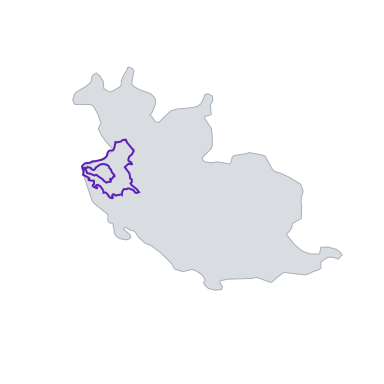 where Sankt Gallen sits in Switzerland, rotated 223°
{"feature_id": "CHE-167", "entity_name": "Sankt Gallen", "entity_type": "Canton", "adm_level": 1, "iso_a3": "CHE", "parent_name": "Switzerland", "parent_adm1": "", "projection": "natural_earth1", "projection_center": [9.275, 47.209], "detail": "fine", "context": "in_parent", "style": "outline", "palette": "violet", "viewbox_px": 384, "rotation_deg": 223, "n_neighbors": 0, "source": "natural_earth", "source_scale": "10m", "svg_char_len": 5795}
<svg xmlns="http://www.w3.org/2000/svg" viewBox="0 0 384 384"><g transform="rotate(223 192 192)"><path d="M281.4,129.6L283.5,130.7L288.3,134.5L287.2,141.0L281.7,151.5L278.8,159.9L278.4,166.4L279.0,169.5L280.0,169.4L285.3,169.9L288.0,169.9L296.5,171.6L303.3,174.2L304.6,176.9L305.5,180.2L313.6,184.7L322.9,187.6L326.0,186.7L337.5,176.1L341.9,177.9L344.7,183.5L344.6,186.5L341.4,197.7L340.9,203.8L343.7,207.7L344.0,210.9L343.2,213.7L338.6,214.0L332.4,212.4L327.2,207.6L323.2,208.1L319.8,209.4L318.1,214.0L316.5,219.5L317.0,222.5L319.5,224.9L321.4,229.9L322.8,236.4L323.9,239.3L322.7,240.7L319.5,241.6L316.8,240.7L312.0,232.9L309.8,230.0L306.1,229.5L299.5,231.3L289.4,235.7L285.3,235.7L281.9,234.8L278.6,231.1L275.8,224.0L275.0,219.6L273.0,219.7L266.6,218.4L263.6,220.2L263.5,227.4L262.9,236.5L259.7,242.3L250.7,252.4L247.3,256.8L246.0,260.0L245.7,262.8L247.1,267.5L249.0,272.1L247.4,274.7L242.6,276.0L239.3,273.3L238.0,268.3L230.7,261.6L234.0,256.0L233.4,254.6L221.4,251.7L216.2,247.5L208.9,240.0L207.6,236.8L207.9,226.4L207.5,223.9L206.5,222.7L203.0,222.8L198.1,226.4L193.5,231.8L184.2,237.8L183.3,239.1L186.3,245.1L186.2,247.4L178.6,256.8L177.1,259.9L167.5,265.9L163.1,268.1L149.8,263.7L146.1,263.2L140.1,266.1L131.7,268.9L118.1,271.7L113.1,269.6L110.7,267.7L109.6,264.9L106.2,259.8L102.4,256.8L99.7,253.6L96.2,250.0L94.0,247.0L97.1,237.5L94.9,234.1L93.8,229.3L94.4,226.1L93.2,225.3L81.0,223.4L70.8,224.0L63.5,227.2L57.5,232.5L56.8,233.6L57.1,234.6L60.0,239.5L54.9,244.6L47.2,248.6L41.7,249.0L39.4,248.2L39.3,242.7L43.9,240.7L48.0,237.1L49.4,232.1L50.0,228.5L45.7,224.2L46.3,221.6L49.0,216.6L50.6,212.2L52.8,208.4L61.3,202.2L69.9,195.9L71.3,189.3L72.0,181.2L73.2,179.3L84.7,174.5L87.6,172.5L89.1,169.8L98.2,160.7L107.2,151.8L109.0,148.8L110.5,147.0L110.5,145.5L109.4,144.4L105.2,143.7L103.8,140.8L108.4,135.7L114.2,132.6L119.8,132.6L122.0,134.0L121.9,135.7L124.3,137.5L128.5,138.1L133.8,137.5L139.0,135.6L142.2,131.0L144.1,127.6L152.3,123.7L157.9,125.7L173.4,126.2L184.7,125.1L191.7,122.5L200.5,122.5L206.4,124.0L207.4,123.8L209.0,123.4L210.6,122.0L216.2,121.0L216.9,119.8L216.7,118.6L215.7,118.0L208.9,118.6L206.3,117.7L205.6,115.5L207.8,111.8L212.9,108.7L217.1,108.0L220.2,108.8L227.6,114.5L229.4,114.6L230.4,113.6L232.0,113.1L234.6,114.2L237.5,117.7L237.9,118.2L254.6,117.0L258.3,117.0L269.6,123.2L281.4,129.6Z" fill="#d9dde1" stroke="#a8b0b8" stroke-width="1"/><path d="M283.4,130.3L283.5,130.8L285.5,133.4L288.0,134.4L290.0,135.8L289.9,139.5L289.3,140.8L286.7,143.7L286.3,144.4L286.0,146.0L285.7,146.5L283.4,149.0L281.3,152.2L280.1,153.8L279.6,155.1L279.0,156.7L278.9,157.8L278.8,159.6L279.3,161.0L279.5,161.4L280.1,162.3L280.6,163.7L280.7,165.5L280.0,166.7L279.0,167.6L278.2,168.5L278.3,169.3L278.3,169.6L278.8,171.1L279.6,172.5L281.6,175.6L282.0,176.3L281.5,176.4L281.1,176.6L280.8,176.9L280.5,177.7L280.3,178.1L279.7,178.5L279.4,178.9L278.9,179.6L278.5,180.3L278.3,181.3L278.4,181.7L278.3,182.2L278.1,182.6L277.2,184.0L276.4,184.2L276.2,185.0L275.9,185.0L275.5,185.0L274.7,184.5L273.3,183.9L264.2,182.7L263.9,182.9L263.6,182.9L263.3,182.8L262.3,181.7L262.4,180.9L262.3,180.6L261.8,179.5L261.6,178.8L261.5,178.5L261.7,178.2L262.0,175.5L261.9,174.9L261.6,174.1L260.8,172.5L260.2,171.9L259.6,171.5L259.1,171.5L258.6,171.7L257.9,172.0L256.6,172.1L256.2,172.0L254.9,171.4L254.9,171.2L255.1,171.0L257.4,169.6L257.8,168.4L258.1,164.3L251.0,163.1L250.0,162.6L246.4,159.8L246.0,159.7L244.9,160.2L243.1,158.7L242.7,157.9L242.7,157.7L242.7,157.2L242.9,156.4L240.8,155.8L234.4,156.4L230.7,155.8L231.6,153.8L232.9,152.9L235.7,153.3L236.6,153.2L240.6,151.6L241.2,151.1L241.5,150.7L241.5,150.0L241.8,149.5L242.3,148.9L243.2,148.2L243.6,147.8L243.9,147.5L243.7,146.8L243.3,144.9L241.7,142.4L241.4,142.1L242.1,142.0L242.6,141.4L243.5,139.9L244.2,139.2L245.0,137.7L245.2,137.4L245.5,137.3L245.8,137.4L246.0,137.4L246.3,137.4L246.6,137.2L246.9,137.1L247.3,137.0L247.8,137.0L248.0,136.8L248.1,136.6L248.2,136.3L248.1,135.5L248.1,135.1L246.2,134.0L246.0,133.7L246.0,133.3L246.2,132.9L246.6,132.8L247.0,132.7L247.3,132.6L247.8,132.1L248.1,132.0L248.6,132.2L249.0,132.2L250.2,132.0L250.4,132.1L250.6,132.2L250.7,132.5L250.9,132.6L251.1,132.6L251.7,132.6L251.9,132.6L252.8,132.8L253.6,132.8L254.8,132.6L255.3,132.3L255.6,132.0L256.2,131.1L257.2,132.1L259.4,133.0L262.1,133.5L263.3,133.7L263.5,133.5L264.1,133.2L264.5,133.1L265.1,133.3L265.6,133.1L265.9,132.9L266.2,132.6L266.3,132.3L266.6,131.6L266.3,130.3L266.0,130.3L265.7,130.3L265.4,130.4L265.0,130.5L264.2,130.4L264.0,130.0L264.1,129.9L264.4,129.9L264.5,130.0L264.7,129.9L264.9,129.6L265.1,129.5L265.5,129.3L265.9,129.3L266.5,129.2L267.0,128.9L267.3,128.8L267.7,128.7L268.6,128.7L269.3,129.5L269.3,129.9L269.2,130.2L269.0,130.7L269.2,131.1L270.7,132.7L271.3,133.2L271.7,133.3L272.2,132.5L275.6,130.3L276.3,130.7L276.0,131.5L276.8,132.0L277.1,132.0L277.4,132.0L278.0,131.8L283.4,130.3L283.4,130.3ZM279.0,144.3L278.5,143.0L278.9,140.9L280.7,140.3L281.6,140.1L282.5,140.6L285.4,139.0L285.3,138.2L285.4,137.6L285.6,137.4L287.1,136.0L284.4,135.6L283.3,135.3L283.1,135.1L282.7,134.8L282.5,134.7L281.9,134.6L281.7,134.5L281.6,134.4L281.3,134.5L280.9,134.6L279.5,135.7L276.1,137.0L275.6,137.2L274.8,137.4L274.4,137.9L274.2,138.5L274.1,138.9L273.7,139.3L272.9,139.5L271.4,139.5L268.9,139.9L265.9,140.4L264.8,140.1L264.3,140.1L261.9,140.4L261.3,140.3L261.0,140.5L260.7,141.1L260.0,142.3L259.5,143.1L258.7,143.8L258.5,144.0L259.4,145.5L260.1,145.3L260.4,145.3L260.6,145.5L260.7,145.8L260.4,146.2L260.2,146.5L259.7,146.9L259.6,147.3L259.6,147.8L260.0,149.8L259.3,150.6L259.8,151.1L260.0,151.2L260.7,151.4L264.0,151.8L266.1,152.8L266.8,153.2L267.0,153.2L267.3,153.2L268.4,153.0L269.3,153.6L269.9,153.8L270.4,154.0L271.0,154.1L271.4,154.1L273.3,153.5L274.6,152.9L275.6,152.3L276.5,151.4L277.9,149.3L279.0,144.3Z" fill="none" stroke="#5b21b6" stroke-width="2"/></g></svg>